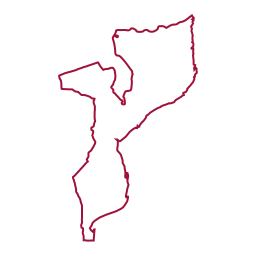 outline of Mozambique
{"feature_id": "MOZ", "entity_name": "Mozambique", "entity_type": "country or territory", "adm_level": 0, "iso_a3": "MOZ", "parent_name": "Africa", "parent_adm1": "", "projection": "mercator", "projection_center": [35.316, -18.663], "detail": "fine", "context": "isolated", "style": "outline", "palette": "rose", "viewbox_px": 256, "rotation_deg": 0, "n_neighbors": 0, "source": "natural_earth", "source_scale": "50m", "svg_char_len": 5340}
<svg xmlns="http://www.w3.org/2000/svg" viewBox="0 0 256 256"><path d="M73.0,177.0L74.8,175.6L76.6,173.5L78.8,171.2L80.7,169.0L82.4,167.2L84.7,164.6L87.0,162.1L87.5,161.8L87.8,161.6L86.8,159.4L88.4,156.8L88.5,155.1L88.4,153.5L88.6,152.7L89.1,152.1L90.9,150.8L92.3,148.6L93.5,146.6L95.1,143.4L95.2,142.7L95.3,141.9L94.8,140.8L93.7,139.1L93.0,137.5L92.3,135.2L93.0,133.2L93.2,132.0L93.2,131.3L92.9,130.7L92.1,130.2L91.5,129.9L91.3,129.1L91.3,128.1L91.6,127.5L93.3,126.6L93.7,126.2L93.9,125.6L93.9,124.9L94.4,122.9L95.1,121.1L95.1,120.5L94.9,119.9L94.7,118.9L94.6,117.3L94.6,113.0L94.9,108.6L94.8,106.0L93.7,103.1L93.6,101.0L94.4,99.6L94.5,98.7L93.9,98.6L92.7,98.5L91.8,98.3L90.4,97.1L88.1,96.1L85.4,95.2L81.4,94.9L78.2,92.0L75.6,91.5L74.8,91.2L72.3,89.4L68.4,89.3L64.4,89.1L62.0,89.0L61.6,88.8L61.4,86.4L61.4,84.3L61.2,82.4L60.8,80.3L60.2,79.5L59.5,78.1L59.2,76.5L59.2,75.8L59.3,75.5L62.1,74.4L63.3,73.9L65.0,73.2L68.1,72.3L70.9,71.6L73.5,70.8L76.2,70.0L77.3,69.4L78.7,68.9L82.0,67.8L82.9,67.4L84.8,66.8L85.7,66.6L89.4,65.3L93.5,63.9L95.0,63.4L97.8,62.4L98.3,62.8L100.2,66.1L101.7,68.1L103.4,69.9L103.7,69.8L104.2,69.4L105.0,69.2L107.7,68.8L108.8,68.8L109.4,68.3L110.8,67.9L112.4,67.7L113.0,67.9L114.7,70.3L114.9,72.0L115.3,74.6L115.4,75.9L115.3,77.5L115.1,79.6L113.8,82.1L113.5,83.3L112.8,85.1L111.8,86.0L111.3,86.8L111.3,87.6L111.9,88.2L113.0,89.4L113.4,90.2L113.2,90.9L113.3,91.8L113.5,92.4L113.8,92.8L115.0,93.4L116.1,94.9L118.0,96.8L120.2,99.4L121.3,100.2L122.1,100.4L122.5,101.2L122.3,102.3L121.7,102.8L121.9,103.7L122.3,104.1L122.7,104.3L123.7,104.4L124.6,104.2L124.9,103.9L124.7,100.0L124.1,97.7L123.4,96.8L123.3,96.7L123.5,95.9L124.2,94.2L124.9,92.4L125.3,91.7L125.7,91.3L128.9,90.8L130.3,90.4L130.9,89.9L131.3,88.5L131.7,84.8L131.9,81.3L131.5,79.2L132.0,76.1L132.7,74.2L132.3,73.8L132.1,71.2L130.0,68.5L127.4,64.9L126.0,63.0L124.3,60.9L121.3,57.5L119.9,56.3L119.2,55.8L116.7,55.4L116.1,54.8L115.4,53.7L115.2,51.8L115.2,50.4L114.9,47.9L114.4,44.5L114.2,43.5L113.5,40.9L112.8,38.4L112.8,37.8L113.0,37.2L114.1,35.4L114.9,34.2L115.3,33.5L116.0,31.5L116.1,30.6L116.7,30.2L118.8,30.0L120.6,30.1L123.5,30.0L126.5,30.1L126.9,30.2L127.6,30.4L128.4,30.4L129.3,30.1L130.2,29.5L131.3,28.4L132.9,28.4L135.1,29.5L136.3,30.5L136.5,31.3L138.0,31.8L140.8,31.9L142.8,31.5L144.0,30.5L145.4,30.0L146.7,29.9L147.8,30.3L148.5,31.0L149.8,31.5L151.8,31.8L154.0,31.4L156.4,30.1L157.8,28.8L158.1,27.4L158.5,26.6L158.9,26.3L160.2,26.2L162.3,26.1L164.1,26.5L166.3,27.9L167.8,27.0L170.3,25.5L172.8,24.6L175.2,24.6L177.1,24.0L178.6,22.9L180.2,22.1L181.9,21.8L183.5,21.3L185.8,20.1L188.1,18.3L190.4,16.5L191.9,15.4L192.6,16.7L193.8,18.0L193.1,18.7L192.2,19.3L193.6,20.2L192.6,21.5L192.5,22.4L192.7,22.8L193.0,23.3L192.3,24.8L191.4,25.9L191.1,26.8L191.9,28.4L191.5,31.1L192.3,33.6L192.5,34.9L192.8,35.7L192.4,37.2L192.5,39.8L192.7,40.9L192.2,42.2L193.0,42.6L193.4,44.1L193.3,45.7L193.1,46.6L191.7,47.7L191.5,48.1L191.6,48.7L193.3,48.7L193.3,49.7L193.2,50.5L193.3,51.9L193.1,52.8L193.5,53.9L193.0,55.1L193.1,56.0L193.2,57.2L193.6,60.2L193.6,63.9L193.7,64.5L194.3,64.9L195.2,65.1L195.1,66.1L194.2,67.5L194.1,68.3L194.3,69.5L195.3,67.9L195.9,67.9L196.5,68.5L196.4,69.4L196.6,69.9L196.5,70.8L196.8,71.9L196.7,72.9L196.0,73.5L195.0,74.7L194.8,75.8L194.9,76.5L194.2,76.8L193.9,77.2L194.4,78.2L194.3,79.2L193.1,82.0L190.0,85.9L188.6,87.3L187.3,88.8L187.3,89.4L187.2,90.0L185.7,92.1L184.1,92.5L183.2,93.1L183.9,95.0L182.8,95.4L181.0,96.9L176.1,99.8L175.3,100.5L174.0,102.3L172.4,102.7L171.4,103.2L169.8,103.4L169.2,103.2L168.7,103.3L168.2,103.7L164.9,104.9L161.9,105.9L161.1,106.4L160.6,107.0L157.9,108.0L153.7,110.4L150.2,112.7L147.7,115.0L147.0,115.3L146.2,116.1L146.0,117.3L145.7,118.0L143.9,120.4L141.1,123.3L140.5,124.1L139.4,125.7L139.3,126.7L138.3,127.0L137.5,126.0L137.1,128.0L136.4,128.1L135.7,127.7L133.8,128.7L132.2,129.8L129.5,132.1L125.8,136.7L120.4,141.0L119.7,141.2L119.2,141.2L117.5,139.6L116.5,139.5L117.4,140.4L117.9,141.2L117.8,142.7L117.8,144.9L117.2,149.2L117.3,150.2L118.0,151.4L119.5,152.9L120.9,154.8L122.6,160.2L122.7,163.0L124.6,166.5L124.6,168.1L125.4,171.9L125.3,175.0L125.2,177.0L126.1,177.8L126.4,177.0L126.3,175.8L126.5,173.9L127.0,173.0L127.5,173.1L127.6,174.1L128.0,174.9L128.1,175.6L128.1,176.7L127.4,180.6L127.6,182.2L128.5,184.9L127.5,188.0L126.0,195.4L125.9,196.7L126.3,197.3L127.1,197.5L127.4,196.5L127.9,196.5L128.1,197.1L127.4,200.5L126.8,202.0L124.4,205.7L123.1,207.3L121.0,208.8L116.0,211.3L106.0,214.8L102.0,216.5L99.7,217.5L94.7,220.8L92.5,223.0L91.6,225.6L90.7,226.8L89.9,228.2L90.6,229.5L91.3,230.5L92.2,231.1L92.6,231.7L93.2,232.0L93.8,230.0L94.1,229.4L94.6,229.4L94.3,231.8L93.7,240.2L93.7,240.5L92.3,240.5L89.8,240.6L88.4,240.6L86.8,240.6L84.8,240.2L83.7,240.3L83.6,235.7L83.2,234.7L82.8,233.2L82.7,232.2L83.0,231.3L83.1,229.8L83.0,228.4L81.8,227.8L81.5,227.6L81.3,226.5L81.2,224.9L82.0,222.9L81.9,219.0L82.0,217.6L82.0,214.9L82.0,211.6L82.0,208.6L82.0,206.1L81.8,204.9L81.6,204.3L81.0,202.9L80.4,200.1L79.6,198.0L78.6,196.6L78.3,195.9L78.0,194.9L77.1,193.2L76.3,192.2L76.1,191.4L76.1,189.4L75.3,185.7L74.7,183.0L73.8,180.1L73.1,178.1L73.0,177.8L73.0,177.0ZM117.5,37.1L117.8,36.8L117.9,36.4L117.9,36.1L117.7,35.8L117.4,35.7L116.9,35.8L116.8,36.3L116.7,37.0L117.0,37.2L117.5,37.1ZM116.4,35.8L116.2,35.5L115.8,35.3L115.3,35.4L115.1,35.9L115.7,36.5L116.2,36.5L116.4,35.8Z" fill="none" stroke="#9f1239" stroke-width="2"/></svg>